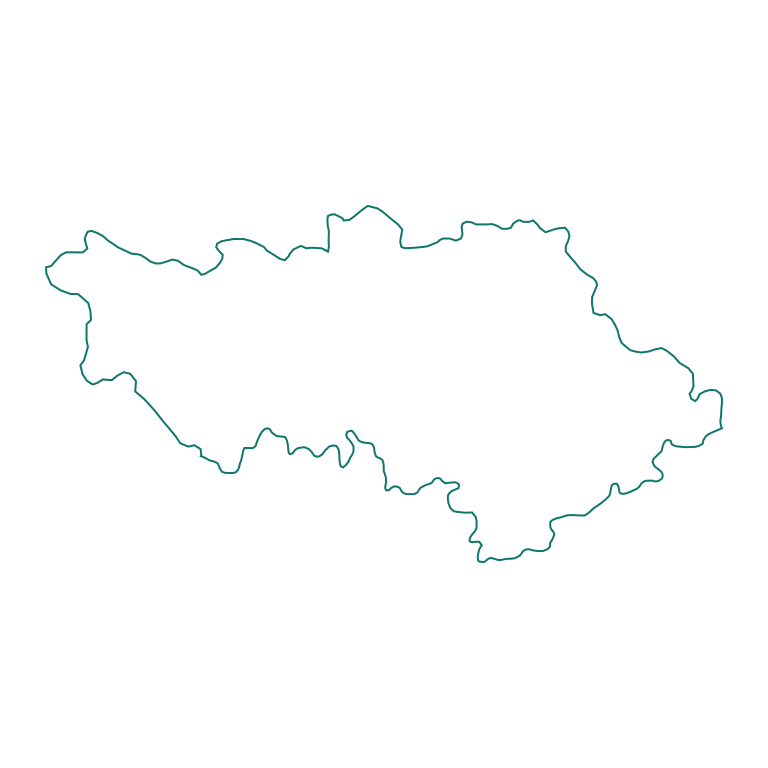 outline of Myadzyel, Minsk, Belarus
{"feature_id": "67162791B89573771278316", "entity_name": "Myadzyel", "entity_type": "district", "adm_level": 2, "iso_a3": "BLR", "parent_name": "Belarus", "parent_adm1": "Minsk", "projection": "albers", "projection_center": [26.974, 54.814], "detail": "fine", "context": "isolated", "style": "outline", "palette": "teal", "viewbox_px": 768, "rotation_deg": 0, "n_neighbors": 0, "source": "geoboundaries", "source_scale": "gbopen_adm2", "svg_char_len": 6073}
<svg xmlns="http://www.w3.org/2000/svg" viewBox="0 0 768 768"><path d="M135.2,391.4L144.3,399.1L154.8,410.7L162.3,420.3L169.7,429.1L175.7,436.4L180.3,443.3L188.3,446.6L194.4,445.2L200.5,449.0L201.4,455.2L200.8,456.2L204.2,457.4L209.8,460.5L213.1,461.2L217.5,463.1L218.7,465.5L220.1,469.0L222.0,471.8L224.8,472.8L229.3,473.0L232.3,473.1L235.6,472.4L237.7,470.3L238.9,467.9L239.9,463.7L241.3,459.9L242.5,454.3L243.2,450.8L244.4,448.0L249.3,448.0L252.2,448.2L254.5,447.1L255.9,445.4L256.7,442.4L257.8,439.8L260.2,434.6L261.9,431.8L264.7,429.0L267.5,428.3L270.1,429.5L271.7,432.3L273.1,433.7L276.9,436.1L279.5,436.4L282.5,436.6L285.1,437.1L286.7,439.9L287.7,443.9L287.9,445.6L288.0,446.8L288.2,448.6L288.5,450.7L288.6,452.5L289.8,454.1L291.5,453.8L293.0,452.9L294.5,450.8L296.8,448.7L298.9,448.0L303.1,447.3L304.9,447.4L307.1,448.3L309.1,449.4L311.6,451.9L312.7,453.5L314.2,455.7L316.7,456.6L318.7,456.6L320.4,455.6L322.5,454.1L324.1,451.8L325.3,450.2L327.8,447.9L329.1,446.6L332.4,445.5L335.9,445.8L337.1,446.9L338.4,449.3L338.9,451.1L339.3,454.9L339.5,458.5L339.6,461.3L340.1,464.5L341.0,466.5L343.1,467.4L346.2,464.7L348.2,462.1L350.6,457.0L351.7,455.5L353.3,452.2L353.5,450.4L353.5,446.3L352.1,443.8L349.9,440.6L347.2,437.7L346.3,435.3L347.0,432.2L348.7,431.3L351.2,430.7L352.6,431.4L354.4,433.8L355.9,435.8L357.2,438.2L358.6,440.3L360.4,441.5L363.1,442.4L366.0,442.9L368.7,443.0L371.7,443.8L373.0,445.4L374.1,448.0L374.5,451.6L375.3,454.5L376.0,456.3L377.5,457.3L379.8,458.2L382.3,459.9L383.1,462.0L383.7,465.2L383.7,470.7L384.9,474.3L385.8,477.3L386.1,481.0L385.8,483.8L385.3,486.7L385.3,488.5L386.1,490.3L388.0,490.4L388.6,490.3L389.8,489.5L390.9,488.2L393.3,486.7L395.1,486.4L397.4,486.7L399.8,488.0L400.7,489.7L401.4,490.8L402.6,492.4L405.4,493.9L407.6,494.1L414.4,494.1L417.4,492.4L418.9,490.0L420.4,487.9L423.4,486.1L426.7,484.7L430.5,483.5L432.0,482.6L433.2,480.7L434.3,479.2L436.2,478.3L439.1,478.1L440.6,479.0L442.1,481.0L445.1,483.2L449.2,482.8L452.2,482.5L455.6,482.3L458.7,484.0L459.0,485.8L458.4,488.2L454.7,489.7L451.6,491.2L449.5,493.0L448.0,495.3L447.8,498.3L448.4,502.9L449.2,505.2L450.2,507.6L451.3,509.1L453.6,511.1L456.6,511.8L459.9,512.1L464.6,512.7L467.1,512.6L472.1,512.5L475.6,516.8L476.5,520.4L476.6,524.3L476.5,527.9L475.1,531.1L472.7,533.8L471.1,535.9L469.6,539.2L469.7,541.3L472.1,542.2L475.2,541.8L479.2,541.8L480.4,543.3L481.8,545.4L480.3,547.4L479.2,549.6L478.3,553.2L477.9,554.9L477.8,557.9L478.2,560.5L479.1,561.5L483.5,562.1L483.9,562.1L485.8,560.8L488.0,559.0L490.1,558.0L491.5,558.0L495.1,559.1L498.1,560.0L500.8,560.0L506.1,558.9L509.4,558.8L514.6,558.3L519.8,555.7L521.6,553.3L523.3,550.9L526.2,549.4L528.7,549.2L531.3,549.9L533.7,550.5L537.5,551.0L542.6,551.1L545.0,550.2L547.7,549.1L550.1,546.4L550.1,543.2L551.9,540.2L553.3,537.2L554.3,534.2L553.2,531.5L551.3,529.5L550.4,527.4L550.2,523.6L550.5,521.7L552.7,519.9L556.9,518.2L560.7,517.4L563.9,516.3L567.0,515.4L570.3,515.1L575.3,515.2L581.2,515.5L584.8,515.4L588.6,512.9L593.8,508.2L597.6,505.6L601.6,502.8L605.1,499.9L607.9,497.3L609.6,495.3L610.3,492.3L611.0,488.3L612.1,484.8L614.5,483.7L616.6,483.6L618.3,486.1L618.7,487.9L619.3,491.5L620.2,493.3L622.7,493.8L625.1,493.6L629.1,492.4L633.6,490.2L636.6,489.0L639.3,486.7L641.7,483.1L644.9,481.0L647.3,480.7L652.2,480.6L654.2,481.4L658.0,481.2L659.9,480.1L661.9,478.5L662.6,476.7L662.6,474.4L661.5,472.1L659.7,470.3L656.2,467.7L654.3,465.9L653.6,464.4L652.6,462.4L653.0,460.0L654.2,458.2L659.0,453.6L661.5,451.2L662.1,448.7L663.1,445.3L663.9,443.1L665.8,440.5L668.8,440.0L670.9,441.2L671.2,443.0L672.3,444.8L675.8,446.2L680.1,446.7L685.0,447.1L689.2,447.1L695.8,446.8L699.4,445.7L702.7,443.6L703.4,440.1L705.9,436.3L708.5,434.2L713.9,431.7L719.3,429.4L721.9,428.4L720.9,425.6L720.3,421.4L721.1,415.4L721.4,408.7L721.9,403.6L721.9,397.9L720.3,393.7L716.1,390.4L710.4,389.9L704.7,391.4L699.6,394.2L697.2,399.3L695.1,401.1L691.2,398.7L689.6,393.6L691.4,391.5L693.5,386.4L692.9,373.8L688.2,368.1L679.7,363.0L674.0,356.5L666.9,350.9L661.8,348.1L656.1,349.1L648.6,351.5L641.1,352.5L635.5,351.6L630.3,350.2L621.8,343.2L619.4,337.6L617.5,330.1L615.1,325.0L611.8,319.3L605.2,314.2L600.1,315.2L593.5,312.9L592.0,303.8L592.0,297.5L593.7,293.3L597.0,285.4L596.4,282.1L593.1,278.0L587.1,274.7L580.4,269.3L575.6,263.1L569.6,256.2L565.7,251.4L565.9,245.7L568.0,241.2L569.5,235.8L568.3,231.6L565.0,227.7L558.1,228.4L553.3,229.6L549.1,231.1L545.5,232.3L540.1,228.1L537.4,224.5L533.2,220.4L529.0,221.9L523.3,221.9L520.3,220.4L517.9,220.4L513.4,223.4L510.7,227.9L506.9,228.8L502.1,228.8L497.3,225.9L492.2,224.1L487.1,224.4L476.0,224.4L471.5,222.3L466.7,221.7L462.8,223.5L461.6,226.8L462.5,234.0L461.0,238.5L455.9,240.6L449.6,238.5L443.1,238.5L439.8,240.0L437.7,242.1L427.5,246.3L423.3,246.9L414.0,247.8L406.5,248.1L404.4,248.1L401.4,246.9L400.2,241.8L400.8,237.9L402.3,229.6L398.1,224.5L390.6,218.5L386.4,214.9L382.5,211.6L377.2,208.3L367.9,205.9L362.2,209.8L354.7,216.0L349.3,219.9L343.6,220.5L342.4,218.1L334.3,214.2L330.7,214.8L328.0,216.0L327.4,219.3L327.7,225.3L328.9,231.3L328.6,240.2L328.9,246.5L328.0,251.6L321.7,248.3L315.7,248.0L311.8,247.7L306.4,248.3L301.0,245.9L293.5,249.4L289.9,253.6L288.4,256.6L284.8,260.2L279.7,258.7L273.7,254.8L266.8,250.5L263.8,246.9L256.7,243.3L250.7,240.9L243.8,239.1L233.9,239.0L226.7,240.2L221.3,241.3L217.1,243.7L216.2,247.3L218.9,250.9L222.7,254.8L222.4,258.4L220.3,262.3L215.8,267.7L209.8,271.0L204.9,273.9L201.3,274.8L197.8,270.6L190.9,267.6L184.0,265.1L177.7,260.6L172.3,259.6L166.3,261.7L160.0,263.5L155.5,263.4L150.4,261.6L146.0,258.3L140.6,254.9L136.1,254.0L131.6,253.7L125.6,250.9L117.9,247.3L114.0,244.5L108.0,240.6L103.0,236.1L97.9,233.3L91.6,230.9L87.7,231.7L85.9,235.3L84.7,238.9L85.8,243.7L87.3,248.5L82.8,252.4L66.0,252.3L60.9,255.1L54.2,262.4L51.2,266.0L46.1,267.3L46.3,273.3L51.1,284.3L60.5,290.3L70.7,294.0L78.1,294.1L88.2,303.0L90.4,311.1L91.0,319.9L86.6,324.2L86.5,339.6L87.9,347.0L84.1,360.2L80.4,365.3L82.5,374.1L86.8,380.7L92.7,384.5L97.1,383.0L103.0,379.4L111.8,380.2L117.0,375.9L123.6,372.2L130.2,373.8L136.0,381.1L135.2,391.4Z" fill="none" stroke="#0f766e" stroke-width="2"/></svg>